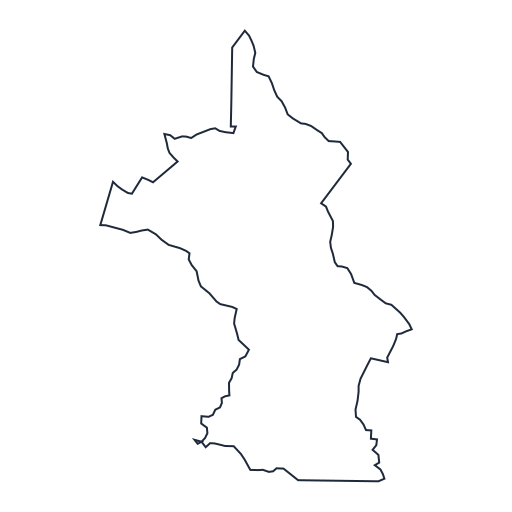 the district of Santa Tereza do Oeste, Paraná, Brazil
{"feature_id": "56859067B16251398457668", "entity_name": "Santa Tereza do Oeste", "entity_type": "district", "adm_level": 2, "iso_a3": "BRA", "parent_name": "Brazil", "parent_adm1": "Paraná", "projection": "albers", "projection_center": [-53.611, -25.02], "detail": "fine", "context": "isolated", "style": "outline", "palette": "slate", "viewbox_px": 512, "rotation_deg": 0, "n_neighbors": 0, "source": "geoboundaries", "source_scale": "gbopen_adm2", "svg_char_len": 2381}
<svg xmlns="http://www.w3.org/2000/svg" viewBox="0 0 512 512"><path d="M244.8,30.7L232.2,47.5L231.3,103.8L230.8,126.5L235.8,126.5L233.4,133.1L225.5,132.2L219.5,130.9L215.2,128.3L210.5,129.1L196.6,134.5L191.2,138.0L186.2,136.6L182.1,136.4L174.7,138.8L170.2,135.2L164.4,134.0L166.9,143.5L167.8,148.5L169.5,152.9L173.6,157.6L177.6,161.5L153.0,182.3L148.3,179.9L142.1,177.4L131.9,193.7L127.9,193.0L122.2,189.6L117.4,186.1L113.0,181.8L100.3,225.1L105.9,225.3L116.0,228.0L122.8,229.8L130.3,232.9L136.4,231.9L141.8,230.5L147.8,229.6L155.9,234.3L161.5,239.7L168.7,244.9L180.1,248.2L186.1,250.9L189.5,253.3L188.7,259.4L191.7,265.1L196.6,271.2L197.6,276.1L198.5,280.6L200.9,286.4L209.3,293.2L216.5,301.5L220.2,304.1L232.1,306.9L236.7,309.0L234.7,317.8L234.1,323.5L237.1,333.8L238.6,340.0L242.5,343.6L248.9,349.7L245.4,356.4L239.9,359.1L239.1,364.7L236.6,369.6L232.8,372.9L231.6,378.3L229.0,382.8L229.1,390.2L229.4,395.4L225.1,396.3L221.5,398.2L221.9,402.9L220.0,407.4L215.3,409.7L212.9,414.8L208.6,416.8L201.5,416.2L201.2,423.5L206.9,427.7L207.4,433.2L205.0,438.1L201.5,441.7L205.7,447.2L210.1,443.2L214.4,443.4L218.3,444.3L225.1,446.0L233.7,446.2L241.0,454.1L244.7,459.7L250.3,469.9L258.8,470.1L262.8,469.8L268.9,471.9L273.1,471.3L276.5,468.3L283.5,468.6L298.1,480.2L378.4,481.3L384.4,478.7L382.9,474.1L380.4,469.4L374.8,465.2L379.2,462.6L378.4,454.9L372.6,449.8L376.3,445.2L377.0,439.4L370.9,438.7L371.3,430.4L366.0,430.1L363.5,424.5L360.0,419.7L356.0,416.9L355.5,409.6L357.5,401.0L358.6,391.8L358.6,385.9L360.5,378.8L364.3,371.2L367.3,365.2L370.9,358.3L388.0,362.2L387.2,357.6L393.2,346.0L396.1,338.9L397.2,334.1L401.4,333.5L405.9,331.4L411.7,329.3L409.3,324.2L404.0,317.1L400.3,312.8L391.4,304.8L385.7,303.3L380.4,299.4L374.6,294.9L371.5,290.9L367.0,287.1L361.8,285.0L354.3,282.9L351.1,274.1L347.3,268.1L341.8,266.5L337.6,266.2L334.8,262.2L332.9,253.9L330.9,247.7L330.2,241.8L331.8,234.8L333.1,226.7L332.9,221.0L328.0,211.6L326.0,206.6L321.1,203.3L350.9,163.8L347.7,159.6L348.0,152.0L340.1,141.9L334.0,141.4L328.7,141.1L324.6,137.1L321.8,133.1L317.2,130.2L311.1,126.0L305.5,123.9L301.0,123.4L292.8,118.4L287.7,114.4L285.1,107.6L281.6,101.2L277.2,96.7L274.2,90.1L271.9,83.2L268.6,76.3L263.8,74.9L256.8,72.0L253.0,66.6L253.8,59.0L255.3,52.9L253.6,45.8L251.5,40.7L249.1,35.7L244.8,30.7ZM201.5,441.7L194.5,439.8L197.7,443.8L201.5,441.7Z" fill="none" stroke="#1e293b" stroke-width="2"/></svg>